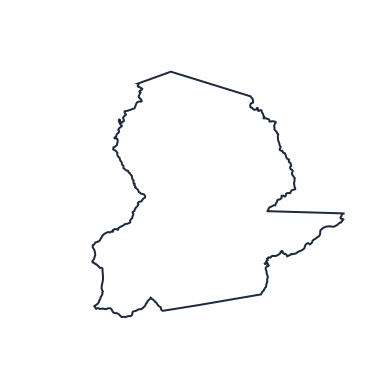 the district of Orito, Putumayo, Colombia, rotated 248°
{"feature_id": "7082276B12408702465478", "entity_name": "Orito", "entity_type": "district", "adm_level": 2, "iso_a3": "COL", "parent_name": "Colombia", "parent_adm1": "Putumayo", "projection": "robinson", "projection_center": [-76.952, 0.681], "detail": "fine", "context": "isolated", "style": "outline", "palette": "slate", "viewbox_px": 384, "rotation_deg": 248, "n_neighbors": 0, "source": "geoboundaries", "source_scale": "gbopen_adm2", "svg_char_len": 6022}
<svg xmlns="http://www.w3.org/2000/svg" viewBox="0 0 384 384"><g transform="rotate(248 192 192)"><path d="M71.2,217.7L72.9,219.5L74.0,221.8L75.6,223.5L76.3,225.1L78.5,226.3L80.4,228.0L81.6,228.6L82.0,228.6L82.7,228.9L84.2,230.0L84.6,230.4L85.8,230.7L88.3,230.6L90.4,231.4L92.6,231.4L94.0,231.9L95.1,233.6L94.7,234.3L94.7,234.9L95.2,235.6L98.2,235.2L97.8,234.3L97.7,233.7L97.8,232.8L98.3,232.6L99.2,234.8L100.1,234.9L100.5,235.8L100.5,236.6L102.0,236.6L102.0,237.7L102.6,238.0L102.6,238.9L101.7,240.2L102.5,241.5L102.7,242.4L102.6,242.9L102.2,243.4L101.6,244.8L101.3,246.0L101.3,247.4L101.8,250.1L102.1,250.7L103.5,252.0L103.6,253.1L103.2,253.7L102.9,253.7L102.0,253.1L100.9,254.0L99.9,254.5L99.5,255.5L98.6,256.0L96.7,256.2L96.9,259.2L97.3,260.7L97.2,261.1L96.7,261.4L96.7,262.2L96.2,264.4L96.3,266.6L96.6,266.9L96.8,267.9L96.8,272.2L97.7,275.1L100.2,277.1L101.0,278.7L101.2,280.5L99.2,281.7L100.0,284.1L101.8,285.7L102.2,287.2L102.4,289.0L103.3,291.7L103.4,293.3L104.8,294.9L108.4,296.7L108.7,297.2L109.1,299.1L109.5,299.8L109.7,303.3L108.5,307.2L107.1,309.3L106.7,310.6L107.0,314.1L108.1,317.2L108.2,318.2L107.9,318.5L108.1,319.2L108.8,320.1L109.8,322.0L110.5,321.6L110.9,320.8L111.7,320.0L112.3,320.0L112.9,320.3L113.9,321.7L114.8,322.4L115.4,323.4L115.0,325.4L145.9,254.9L146.6,255.4L147.2,256.4L148.3,257.2L148.6,257.8L148.7,259.7L149.1,262.7L148.4,264.2L150.2,265.7L150.9,267.0L152.4,267.9L152.6,268.3L152.7,269.0L152.3,269.8L152.2,270.5L152.8,272.8L154.9,273.6L154.9,274.2L154.5,275.0L153.1,276.3L153.0,276.9L153.7,277.7L154.8,278.2L155.2,278.8L155.3,279.6L155.1,280.6L154.2,282.6L155.5,284.0L156.3,285.4L155.9,288.6L156.5,289.1L158.4,289.0L162.0,289.9L163.8,291.2L165.3,291.7L166.3,292.5L167.5,292.0L168.9,291.9L170.3,291.4L172.1,291.7L173.0,292.7L174.2,293.4L175.2,293.0L176.1,292.1L176.9,292.0L177.8,292.0L178.2,292.3L178.9,292.9L179.1,293.7L179.9,294.0L182.4,294.0L183.1,293.3L183.8,293.2L184.6,293.3L185.4,294.0L186.2,293.8L187.4,292.6L189.0,292.4L190.9,292.7L193.1,292.6L193.5,292.3L193.7,291.8L194.2,291.3L196.3,291.2L196.6,290.4L197.2,290.0L197.6,289.4L198.6,289.2L199.0,289.4L199.9,290.6L200.6,291.1L202.4,290.7L204.6,291.2L207.5,291.2L210.0,291.9L212.0,292.7L212.8,293.4L213.2,293.5L214.4,292.9L215.2,293.2L218.1,292.2L218.6,291.9L219.2,291.9L220.7,292.6L221.9,292.7L222.6,293.1L224.1,294.3L224.8,295.5L225.5,295.8L226.0,295.5L227.1,293.9L227.6,292.7L228.0,290.6L228.5,290.3L229.6,290.7L230.4,290.5L232.7,288.1L233.1,286.8L233.5,286.0L234.1,286.2L234.3,287.0L234.6,287.2L236.3,286.8L237.5,287.1L239.7,286.7L241.7,287.0L242.3,286.1L242.1,284.3L242.5,283.8L243.5,283.8L244.9,284.4L245.2,284.3L245.5,283.7L244.4,282.4L244.8,280.7L245.9,279.8L247.5,279.3L248.0,278.8L248.2,278.3L248.5,278.0L250.5,278.4L251.7,279.3L252.1,280.1L252.1,282.1L253.0,282.6L255.6,283.1L258.3,282.1L258.8,282.1L311.5,217.4L312.8,182.5L312.6,182.8L311.8,182.8L310.7,181.4L310.1,181.3L308.9,182.6L306.4,184.5L305.6,183.6L305.5,182.0L305.0,180.9L304.5,180.8L303.9,181.5L303.5,181.6L302.6,180.4L300.6,178.3L299.4,178.3L296.9,179.4L295.1,179.4L294.9,179.1L295.0,178.2L295.8,176.7L295.7,174.8L295.2,174.0L294.4,173.1L291.5,170.5L291.1,169.8L291.4,163.1L292.0,160.3L292.0,159.8L291.5,159.4L290.5,159.3L289.5,159.5L289.0,159.8L288.4,159.7L287.5,156.9L286.8,156.0L285.9,155.8L284.5,155.8L283.2,155.3L283.1,153.4L282.5,152.9L282.7,152.4L283.9,151.6L285.9,152.2L286.4,151.9L286.3,151.3L285.0,150.7L281.5,150.9L279.6,151.8L279.2,151.3L278.7,149.2L277.7,147.3L277.1,146.9L275.9,147.2L275.1,146.9L274.5,146.1L274.0,144.3L273.5,143.6L271.9,142.5L271.7,141.4L271.2,140.3L270.7,140.4L269.9,142.1L269.2,142.6L268.0,142.5L266.3,141.8L263.7,140.0L263.0,138.2L262.8,135.9L261.2,134.9L260.8,135.0L259.2,136.4L258.1,137.0L256.3,137.4L254.9,136.8L253.0,136.6L250.7,137.6L248.3,137.3L245.9,137.9L244.0,137.5L241.6,138.2L239.9,137.4L236.8,139.0L236.4,139.4L236.1,140.1L235.6,140.6L235.2,140.7L234.0,140.5L232.9,141.3L231.5,141.5L229.3,142.3L228.1,141.8L225.8,141.6L224.5,142.2L223.6,141.6L221.7,141.1L221.3,141.9L220.8,141.9L219.8,141.1L218.3,141.6L217.6,141.0L215.3,142.3L213.8,142.8L212.1,142.6L210.9,143.5L209.9,143.9L209.3,144.5L208.0,146.4L207.2,146.8L206.1,147.0L204.9,146.7L204.4,146.2L204.2,144.8L203.7,143.6L202.4,141.8L202.3,141.1L202.7,139.4L202.6,138.5L202.3,138.1L201.5,137.4L200.7,137.7L199.8,136.8L199.2,135.9L198.7,134.4L197.4,132.5L196.1,131.6L195.6,129.4L194.9,129.2L194.0,129.4L193.0,129.1L191.2,127.3L190.2,126.9L189.3,124.8L188.6,123.8L187.4,123.6L186.9,123.2L186.8,122.2L186.8,120.0L187.2,118.7L187.3,117.3L186.7,116.1L186.5,112.4L186.1,110.2L185.9,109.9L184.8,109.4L184.9,108.9L186.1,107.5L186.6,106.3L186.3,104.4L185.2,104.2L184.8,103.7L185.6,102.3L185.3,101.2L185.3,100.5L186.3,99.3L186.3,98.1L186.1,95.6L185.8,94.3L185.0,92.6L183.6,91.1L182.8,89.6L181.8,88.7L181.2,87.3L181.1,86.7L181.4,86.0L181.2,85.1L181.4,83.6L179.8,81.2L180.0,80.5L179.9,80.1L179.1,79.6L178.1,79.3L174.9,79.7L173.5,79.6L171.1,79.1L169.9,78.7L166.8,76.2L165.5,74.7L165.1,73.6L164.6,73.4L163.7,73.7L163.0,74.6L162.1,74.8L161.6,75.8L160.8,75.9L159.9,76.8L158.9,77.0L158.2,77.5L156.3,78.1L155.5,79.8L155.0,80.3L153.7,80.1L152.5,79.5L149.0,78.5L144.8,77.0L141.7,75.2L140.6,74.2L139.4,73.7L138.2,72.7L135.6,71.9L133.1,72.1L132.4,71.1L131.3,70.9L130.2,70.0L128.8,68.2L128.8,67.9L127.2,66.9L126.0,65.2L125.4,65.0L123.8,63.0L122.7,58.6L121.7,59.0L120.3,59.1L119.6,59.4L119.7,61.0L119.0,62.0L118.2,62.7L117.6,64.3L117.4,65.6L116.5,66.6L115.7,68.1L115.5,70.9L114.9,72.5L114.4,73.0L112.9,73.5L110.2,73.7L109.0,74.7L108.4,75.4L107.9,76.7L106.7,78.0L105.7,78.6L104.6,78.9L102.5,79.9L101.4,82.9L100.9,83.7L100.9,85.4L100.7,86.8L100.0,88.3L100.1,89.9L101.3,91.1L102.0,91.3L102.8,91.9L103.1,92.3L103.2,93.2L102.8,96.1L103.1,97.1L103.1,98.1L103.0,99.4L102.4,101.0L102.5,101.9L104.0,105.9L105.8,107.6L106.3,109.1L107.3,109.6L108.8,113.1L109.5,114.1L108.7,114.6L108.0,114.6L106.5,115.8L104.8,116.5L103.7,116.6L103.1,117.3L102.5,117.6L101.1,117.7L98.7,118.4L96.9,119.8L96.1,119.8L94.4,119.4L92.8,120.3L84.7,155.6L71.2,217.7Z" fill="none" stroke="#1e293b" stroke-width="2"/></g></svg>